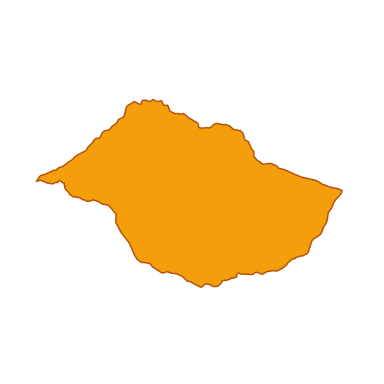 Tendu, Samchi, Bhutan, rotated 67°
{"feature_id": "84629894B47921188785963", "entity_name": "Tendu", "entity_type": "district", "adm_level": 2, "iso_a3": "BTN", "parent_name": "Bhutan", "parent_adm1": "Samchi", "projection": "mercator", "projection_center": [88.91, 27.157], "detail": "fine", "context": "isolated", "style": "filled", "palette": "amber", "viewbox_px": 384, "rotation_deg": 67, "n_neighbors": 0, "source": "geoboundaries", "source_scale": "gbopen_adm2", "svg_char_len": 5994}
<svg xmlns="http://www.w3.org/2000/svg" viewBox="0 0 384 384"><g transform="rotate(67 192 192)"><path d="M109.1,267.8L110.1,270.4L110.9,271.3L112.6,273.6L112.7,275.1L112.6,276.8L113.0,279.8L113.1,282.5L113.9,286.2L115.3,289.1L116.1,293.4L116.9,296.5L117.6,299.6L118.0,301.8L117.6,305.1L118.7,308.9L117.8,311.8L118.3,315.1L118.1,317.4L118.3,319.4L118.3,321.8L117.5,323.9L118.3,326.6L119.9,328.6L121.3,330.7L121.7,329.1L121.8,327.9L122.1,327.1L122.3,326.6L122.8,325.7L123.3,325.3L124.2,324.6L124.8,323.8L125.1,323.4L125.7,322.8L126.4,322.6L126.9,322.0L127.3,321.5L127.7,320.7L128.2,319.8L129.0,318.9L129.4,318.5L129.8,317.5L130.1,316.5L130.2,316.0L130.0,315.3L129.8,314.7L129.8,314.2L130.1,313.6L130.2,313.0L130.6,312.5L130.5,311.9L130.2,310.9L129.7,310.4L129.6,309.7L130.0,309.3L130.9,308.6L131.6,308.2L132.5,307.8L133.4,306.7L133.9,306.1L134.8,306.7L135.6,306.8L136.1,306.6L136.8,306.7L137.4,307.1L138.1,307.5L138.9,307.4L140.2,307.3L141.3,306.9L142.6,306.2L143.1,306.0L143.7,305.8L144.3,305.8L145.4,305.6L146.0,305.6L146.7,305.5L147.5,304.9L147.9,304.6L148.5,304.2L149.4,303.9L150.3,302.6L150.5,302.0L151.0,301.3L151.7,300.4L152.4,299.3L153.3,297.8L153.8,297.2L154.3,297.0L155.1,296.6L156.2,295.7L156.6,295.1L157.2,294.1L157.6,293.6L158.3,293.3L159.1,292.8L159.5,292.3L159.7,291.8L160.7,288.8L160.5,286.3L163.2,283.0L164.7,281.5L168.4,279.1L169.1,277.4L171.9,273.9L179.8,271.4L182.5,270.5L186.1,272.0L188.7,273.4L190.5,274.0L195.5,273.5L199.4,273.3L202.4,272.9L209.0,271.1L214.1,269.8L220.7,269.6L228.0,269.6L232.0,268.9L235.0,267.5L237.3,265.8L237.9,264.2L239.3,261.8L240.6,259.9L241.1,259.1L243.0,258.1L245.2,257.8L248.5,255.5L253.3,252.3L254.5,251.5L255.5,249.3L255.5,247.6L255.5,246.6L256.2,245.2L258.1,243.6L259.0,241.9L261.3,238.2L262.6,236.9L265.4,234.1L267.0,233.4L272.1,231.2L274.3,228.2L277.6,225.9L279.9,224.0L282.9,221.3L283.2,219.3L281.7,215.7L284.0,212.0L287.2,209.4L287.9,208.2L288.4,207.0L288.7,205.8L288.7,204.5L287.4,201.3L286.8,200.0L285.7,199.2L285.8,196.8L286.6,195.5L286.9,193.4L287.0,191.1L286.9,189.7L287.7,184.9L287.4,183.9L286.2,183.6L285.6,183.4L285.0,182.2L284.8,180.8L286.3,179.3L287.2,178.0L288.4,175.2L290.5,170.7L291.5,169.3L291.5,168.7L291.5,168.1L291.3,167.1L290.9,165.5L290.8,164.4L292.7,162.0L295.2,159.6L295.2,158.4L294.8,157.5L294.8,156.1L294.6,153.4L295.1,152.4L295.4,151.0L295.8,148.8L296.8,146.8L297.7,145.3L297.8,142.9L297.6,139.8L297.3,137.5L295.9,133.1L294.4,131.0L294.3,130.1L293.6,128.2L293.1,126.9L293.3,124.2L293.3,122.8L293.0,121.9L293.0,120.8L293.0,119.9L293.4,118.1L293.4,116.8L293.8,115.6L294.2,114.9L294.1,114.3L294.0,113.7L293.8,112.8L293.8,110.8L293.2,108.9L292.2,107.9L289.2,105.5L286.7,103.3L284.3,101.2L283.4,99.8L282.7,98.3L282.5,96.6L282.2,94.7L282.1,93.8L281.1,90.4L280.2,88.8L278.3,87.0L276.9,85.6L275.7,84.6L273.7,81.4L272.6,80.1L271.6,79.2L270.1,78.4L268.4,77.1L267.0,76.3L265.1,75.2L264.2,74.6L262.9,72.5L262.2,71.2L261.2,69.9L260.2,68.5L259.4,67.8L257.7,66.4L255.8,63.6L254.5,61.4L253.7,59.2L252.9,57.5L251.7,55.5L251.2,54.8L250.5,54.1L249.4,53.3L246.4,56.0L244.8,58.0L243.8,59.6L242.7,61.2L240.8,63.7L237.7,66.8L235.6,69.3L234.6,69.7L229.9,73.3L227.5,76.4L226.6,77.8L225.1,79.5L224.4,80.7L221.3,85.1L216.3,90.1L207.6,98.1L206.7,99.3L205.8,100.5L205.1,101.4L204.0,102.8L203.5,103.2L202.5,103.5L200.8,103.9L199.2,105.8L198.1,106.6L197.1,107.6L196.7,108.1L195.7,110.2L195.4,111.6L195.0,113.6L194.8,114.4L194.4,115.4L193.8,115.9L192.7,117.0L191.2,117.3L190.5,117.8L189.5,118.8L188.7,119.5L187.4,119.9L186.4,120.2L185.0,120.6L184.1,120.8L183.1,121.0L182.5,121.1L181.9,120.9L180.9,120.0L180.1,119.6L179.2,119.4L178.6,119.4L177.6,119.7L176.1,120.2L175.2,120.5L174.3,120.4L173.6,120.3L172.1,120.4L170.8,120.3L169.9,120.4L168.4,120.4L167.9,120.5L166.9,121.1L165.5,122.3L165.0,122.7L164.2,122.9L163.5,122.9L162.7,122.8L160.9,122.6L160.3,122.4L158.7,122.1L157.8,122.2L156.6,122.7L155.7,123.1L154.3,123.5L153.9,124.5L152.4,126.4L151.5,128.0L150.9,128.9L150.3,129.4L149.8,129.8L148.5,130.3L147.7,130.7L147.0,131.0L146.4,131.2L146.0,131.5L145.2,132.3L144.6,133.0L143.5,134.1L142.7,135.5L142.6,136.3L142.2,137.3L141.2,138.2L140.7,139.0L140.5,139.7L140.2,140.5L139.6,141.0L138.9,141.4L138.7,142.5L138.3,143.7L138.3,144.5L138.4,145.2L138.5,146.5L139.4,148.2L139.6,148.9L139.7,149.8L139.8,150.6L139.7,151.4L139.1,152.4L138.6,153.2L138.2,154.0L137.9,155.7L137.7,156.5L136.4,159.0L136.1,159.6L135.5,160.3L134.8,160.4L132.9,159.9L132.1,159.9L131.2,159.9L130.0,160.4L127.9,161.9L127.1,162.7L125.5,163.7L123.6,165.1L122.0,166.4L120.8,167.0L119.0,167.6L117.3,168.8L116.5,169.1L116.2,169.7L116.2,170.4L116.2,171.0L115.9,171.8L115.3,172.7L115.0,173.1L114.4,174.0L114.2,174.5L113.9,175.3L113.1,177.0L112.7,177.5L110.6,179.3L109.7,180.2L109.2,180.5L108.3,180.8L107.7,180.9L107.0,180.6L106.2,180.5L103.2,180.5L102.6,180.7L102.2,181.6L102.0,182.1L101.9,182.8L101.7,183.3L101.4,183.7L100.8,184.1L99.1,184.3L98.3,184.3L97.7,184.3L96.7,184.2L95.9,184.8L95.8,185.9L95.6,186.8L95.4,187.9L95.2,188.5L94.5,189.4L93.8,190.1L92.6,191.0L91.8,191.5L91.6,192.4L91.9,193.1L92.1,193.8L92.1,194.4L92.1,195.0L92.0,196.0L91.5,196.5L90.3,197.6L89.6,198.6L89.1,199.5L88.8,200.0L88.7,200.6L88.4,201.5L89.2,202.9L89.6,203.4L90.1,203.6L90.6,204.0L91.0,204.8L90.8,205.6L90.4,206.5L89.6,207.1L88.0,208.1L86.6,209.3L86.2,210.0L86.3,211.5L86.7,212.2L86.9,212.7L86.9,213.4L86.9,214.3L86.9,215.7L87.0,216.4L87.7,218.1L88.1,219.0L89.3,220.2L91.6,221.7L93.1,222.9L93.9,223.5L95.2,224.5L95.8,225.5L96.4,226.4L96.6,227.6L96.5,229.0L96.4,229.6L96.6,231.0L96.8,231.6L97.4,232.4L98.2,233.1L98.5,233.5L99.2,234.8L99.5,235.5L99.7,236.1L99.8,236.9L99.8,237.5L99.8,238.2L100.2,239.5L100.6,240.4L100.9,241.0L101.5,241.8L101.8,242.5L102.3,244.0L102.3,244.6L102.2,245.2L101.9,247.1L101.6,248.6L101.6,249.2L101.8,249.9L102.3,251.0L103.0,252.1L104.4,253.7L104.8,254.1L105.4,254.6L105.7,255.4L105.9,256.5L105.9,257.2L105.6,258.3L105.3,258.9L105.3,259.9L105.8,261.1L106.3,262.4L107.2,263.7L107.5,264.1L108.4,266.1L109.1,267.2L109.1,267.8Z" fill="#f59e0b" stroke="#b45309" stroke-width="1.5"/></g></svg>